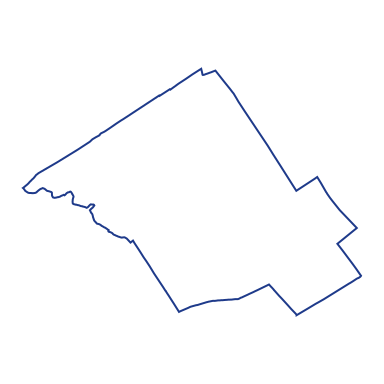 the district of Boldesti-Gradistea, Prahova, Romania
{"feature_id": "2599482B94191000455949", "entity_name": "Boldesti-Gradistea", "entity_type": "district", "adm_level": 2, "iso_a3": "ROU", "parent_name": "Romania", "parent_adm1": "Prahova", "projection": "mercator", "projection_center": [26.525, 44.882], "detail": "fine", "context": "isolated", "style": "outline", "palette": "blue", "viewbox_px": 384, "rotation_deg": 0, "n_neighbors": 0, "source": "geoboundaries", "source_scale": "gbopen_adm2", "svg_char_len": 5579}
<svg xmlns="http://www.w3.org/2000/svg" viewBox="0 0 384 384"><path d="M349.5,283.3L349.8,283.2L352.7,281.4L356.6,278.8L357.7,278.2L357.8,278.2L358.2,278.1L358.5,278.0L358.7,277.9L359.6,277.2L360.0,277.0L360.7,276.3L360.8,276.2L360.9,275.9L361.0,275.7L360.9,275.6L355.8,268.3L355.0,267.2L352.9,264.3L348.4,258.3L343.4,251.6L338.8,245.6L337.4,243.8L354.6,229.8L356.0,228.7L356.8,228.0L339.7,210.1L332.2,200.7L329.9,197.7L328.8,196.1L327.2,193.8L326.6,192.7L326.1,192.1L325.9,191.7L320.9,183.0L317.2,177.0L315.1,178.5L301.8,187.2L296.3,190.8L281.9,168.1L280.0,165.1L278.0,162.0L273.2,154.5L267.8,145.8L244.6,111.1L238.5,101.8L235.7,97.0L235.2,96.2L233.6,93.5L232.5,92.2L230.3,89.3L223.7,81.1L215.4,70.6L212.5,71.7L211.3,72.2L209.8,72.7L207.4,73.6L205.5,74.2L204.9,74.5L204.0,74.8L203.4,74.9L202.9,75.0L202.5,74.7L202.2,73.0L201.2,68.8L199.6,69.8L192.4,74.4L186.0,78.8L178.5,83.7L170.4,89.6L170.2,89.4L169.9,89.2L159.5,95.9L159.2,95.5L123.3,119.1L121.0,120.5L116.6,123.4L109.8,128.1L105.5,131.0L103.8,132.0L102.7,132.5L100.9,133.4L99.6,134.8L99.5,135.3L95.9,137.2L92.4,139.3L89.9,141.7L77.8,149.6L57.0,162.4L38.4,173.2L37.5,174.0L36.1,175.0L34.6,177.0L34.1,177.5L33.6,178.2L33.5,178.3L32.9,178.8L32.0,179.6L31.6,180.0L31.3,180.4L29.6,182.0L29.2,182.5L28.8,183.0L27.7,184.1L26.8,184.9L25.9,185.6L25.2,186.2L24.5,186.8L24.0,187.2L23.3,187.8L23.0,188.0L23.7,188.6L23.9,189.0L24.4,189.5L25.0,190.6L25.5,191.0L25.9,191.3L26.8,191.9L27.7,192.5L28.2,192.7L28.8,192.9L29.5,193.0L31.2,193.0L31.6,193.1L32.1,193.2L32.3,193.1L33.8,193.1L35.2,192.9L35.8,192.7L36.1,192.5L36.5,192.3L36.7,192.0L37.0,191.8L37.3,191.5L38.3,190.6L38.7,190.3L39.2,189.9L39.5,189.7L39.9,189.4L40.3,189.1L40.9,188.8L41.5,188.7L42.0,188.4L42.6,188.1L42.9,188.2L43.2,188.3L43.4,188.3L44.0,188.6L44.6,188.8L44.9,189.1L45.3,189.4L45.6,189.6L45.8,189.8L46.0,190.0L46.5,190.4L46.7,190.6L47.1,190.8L47.3,190.9L48.7,191.2L50.0,191.6L50.9,191.9L51.2,192.0L51.5,192.2L51.8,192.5L51.9,192.8L52.0,195.4L52.1,195.9L52.3,196.1L52.6,196.7L52.8,197.2L52.9,197.3L53.0,197.4L53.2,197.5L53.3,197.5L53.7,197.6L54.1,197.7L54.5,197.8L54.8,197.8L56.1,197.6L56.5,197.5L56.9,197.4L57.5,197.2L58.6,197.1L59.1,196.9L59.8,196.7L60.4,196.4L60.8,196.1L61.4,195.8L63.2,195.1L63.5,195.0L63.8,194.8L64.1,194.9L64.2,195.1L64.4,195.2L64.5,195.3L64.7,195.2L64.9,195.0L65.5,194.5L65.9,194.0L66.5,193.3L67.5,192.6L67.9,192.4L68.1,192.4L68.7,192.3L69.0,192.2L69.3,192.1L69.5,191.9L70.0,191.7L70.4,191.6L70.5,191.6L70.8,191.8L71.0,192.0L71.8,193.1L72.1,193.6L72.2,193.8L72.3,194.3L72.6,194.5L72.8,195.0L73.2,195.6L73.4,196.2L73.5,196.4L73.5,196.6L73.5,196.8L73.5,197.0L73.3,197.5L73.2,197.8L72.9,198.9L72.8,199.4L72.7,199.7L72.7,200.6L72.6,201.2L72.6,202.1L72.7,202.5L72.7,203.0L72.8,203.5L73.1,203.8L73.4,203.9L73.7,204.1L74.2,204.3L74.4,204.3L75.0,204.4L75.3,204.6L75.8,204.7L76.5,204.7L76.7,204.8L77.0,204.9L77.4,205.0L77.8,205.1L78.1,205.2L78.6,205.2L79.0,205.3L80.1,205.8L80.9,206.1L81.3,206.2L82.0,206.2L82.3,206.3L82.9,206.6L83.3,206.6L84.0,206.8L84.5,206.9L84.8,207.0L85.2,207.1L86.2,207.6L86.4,207.7L86.6,207.8L86.8,207.7L87.4,207.5L87.9,207.1L88.0,207.0L88.4,206.6L89.1,205.8L90.0,204.9L90.5,204.5L90.6,204.4L91.1,204.4L91.7,204.5L92.1,204.5L92.3,204.6L93.1,204.5L93.3,204.6L93.6,204.6L93.8,204.8L94.0,204.9L94.3,205.5L94.0,205.8L93.6,206.5L93.1,207.1L92.9,207.4L92.2,208.0L90.8,209.2L90.5,209.6L89.9,210.2L90.3,211.0L90.7,211.8L90.9,212.4L91.1,212.7L91.2,212.9L91.7,213.3L91.8,213.5L92.3,214.2L92.7,215.5L93.0,216.9L93.1,217.5L93.4,218.1L93.5,218.3L93.5,218.5L93.7,219.1L93.8,219.5L94.0,219.8L94.0,220.0L94.1,220.3L94.4,220.7L94.6,221.1L94.9,221.4L95.1,221.6L96.1,222.6L96.3,222.8L96.4,223.1L96.5,223.2L96.7,223.4L96.9,223.6L97.1,223.7L97.6,223.8L98.1,223.9L98.6,224.0L99.2,224.2L100.6,224.9L101.4,225.7L101.7,225.9L101.9,226.0L102.4,226.2L104.0,227.2L104.5,227.5L105.2,227.7L105.4,227.8L105.5,227.9L106.3,228.5L106.8,228.8L107.2,229.1L107.7,229.5L108.4,230.0L108.6,230.0L108.7,230.3L108.6,230.5L108.3,230.9L108.3,231.0L108.4,231.3L108.5,231.5L109.1,231.9L109.8,232.0L110.2,232.1L111.1,232.5L111.5,232.7L112.2,233.1L112.5,233.4L112.8,233.7L112.9,233.9L113.1,234.1L113.3,234.3L113.9,234.7L114.9,235.1L115.4,235.3L116.1,235.7L117.0,236.0L117.8,236.4L118.5,236.7L119.4,236.9L120.4,237.3L121.3,237.5L121.5,237.6L122.0,237.6L122.3,237.5L123.2,237.4L124.1,237.3L124.5,237.3L125.3,237.7L126.8,238.6L127.0,238.8L130.5,242.6L133.0,240.6L134.6,243.3L137.9,248.3L140.1,251.7L143.7,257.4L143.9,257.7L146.2,261.0L149.5,266.0L154.0,273.4L163.1,287.1L165.0,290.1L165.6,291.0L165.8,291.2L166.0,291.3L166.0,291.5L167.2,293.4L168.8,295.8L170.9,299.1L173.8,303.6L178.9,311.7L179.0,311.9L180.4,311.2L188.6,307.7L189.5,307.2L190.7,306.7L194.3,305.7L196.5,305.1L197.0,305.1L198.2,304.8L199.4,304.4L200.7,304.0L206.6,302.2L207.5,302.0L208.5,301.7L209.6,301.5L212.5,300.9L212.9,300.9L213.3,300.9L213.8,300.8L214.6,300.9L215.4,300.8L216.1,300.7L216.9,300.6L218.0,300.4L219.3,300.4L220.5,300.3L221.1,300.2L221.8,300.2L222.7,300.2L224.5,300.0L225.9,299.9L226.5,299.9L228.1,299.7L229.2,299.7L230.0,299.7L230.5,299.6L231.7,299.6L233.1,299.4L234.7,299.2L235.6,299.1L235.8,299.1L236.4,299.1L237.7,299.1L238.0,299.1L238.5,298.9L239.1,298.7L239.8,298.3L240.8,297.7L241.3,297.6L241.9,297.4L243.1,296.8L247.9,294.6L249.1,294.0L253.3,292.1L255.1,291.2L257.5,290.1L269.0,284.5L270.8,286.5L272.0,287.7L273.6,289.5L273.8,289.7L273.9,290.0L274.6,290.7L279.1,295.8L281.6,298.4L284.8,301.9L288.0,305.4L291.1,308.9L295.7,313.7L296.5,314.7L296.6,314.9L296.6,315.2L307.9,308.5L315.7,303.8L317.9,302.6L323.7,299.3L340.3,289.0L349.5,283.3Z" fill="none" stroke="#1e3a8a" stroke-width="2"/></svg>